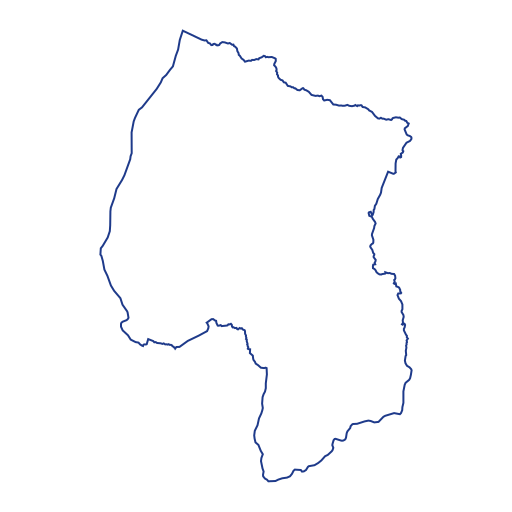 outline of Sutamarchàn, Boyacá, Colombia
{"feature_id": "7082276B91786525694715", "entity_name": "Sutamarchàn", "entity_type": "district", "adm_level": 2, "iso_a3": "COL", "parent_name": "Colombia", "parent_adm1": "Boyacá", "projection": "robinson", "projection_center": [-73.611, 5.636], "detail": "fine", "context": "isolated", "style": "outline", "palette": "blue", "viewbox_px": 512, "rotation_deg": 0, "n_neighbors": 0, "source": "geoboundaries", "source_scale": "gbopen_adm2", "svg_char_len": 6033}
<svg xmlns="http://www.w3.org/2000/svg" viewBox="0 0 512 512"><path d="M408.7,123.5L407.3,122.8L406.3,121.0L405.0,120.7L404.3,119.8L401.7,119.1L399.8,117.5L398.5,117.7L395.9,117.3L393.0,118.0L392.4,118.5L392.0,119.4L391.1,120.0L388.4,119.2L386.2,119.7L383.8,118.7L382.4,118.7L380.9,117.8L379.5,118.6L378.0,118.4L375.0,115.9L372.0,111.9L369.1,110.4L368.3,109.3L365.2,107.4L362.6,107.0L361.5,105.3L360.6,105.2L358.9,105.6L358.0,105.3L357.2,106.1L355.3,105.0L354.6,105.6L352.0,106.2L349.2,105.8L347.4,104.9L344.9,105.7L342.7,105.8L341.3,105.5L339.0,105.6L336.0,104.7L333.3,104.5L329.9,100.2L327.2,99.8L324.2,100.5L323.0,99.2L322.6,96.9L321.4,95.6L319.5,96.2L317.9,95.6L315.5,95.9L311.5,94.9L308.8,91.8L306.3,90.3L304.4,89.7L303.3,88.2L302.6,88.2L299.7,90.3L297.4,90.0L295.3,88.3L294.4,88.3L293.0,87.2L291.8,87.3L290.5,86.4L287.8,85.9L285.7,82.7L283.8,82.3L282.5,80.4L280.6,79.8L278.7,78.0L278.0,76.7L278.0,75.4L277.0,74.3L277.2,72.6L276.1,71.0L276.6,70.1L276.4,68.3L275.6,66.8L274.1,65.2L274.3,63.9L275.8,61.0L275.7,58.8L275.0,58.3L271.8,57.0L268.4,57.2L267.5,56.9L265.7,57.2L265.2,56.3L263.8,55.8L261.7,57.3L259.2,58.2L258.5,59.4L256.3,59.1L254.2,60.0L252.1,59.9L251.0,60.8L248.7,60.6L245.0,61.7L243.6,59.9L241.6,58.5L239.8,55.7L238.8,54.9L238.5,53.0L237.4,51.2L236.9,48.5L235.1,46.6L234.1,46.2L233.4,44.6L232.2,44.8L229.7,43.0L228.0,43.5L224.8,42.4L222.3,42.1L220.1,43.5L219.3,44.9L217.9,45.4L216.9,45.3L216.6,44.7L215.9,44.8L214.7,43.8L213.3,44.0L212.6,45.0L211.3,45.1L209.9,43.4L208.2,42.9L206.4,40.3L204.6,40.5L201.5,39.6L182.8,30.7L179.8,39.9L178.1,49.6L175.8,55.8L172.9,66.4L170.1,69.7L166.2,75.0L162.6,78.2L160.8,82.4L156.7,88.9L142.0,107.4L138.8,109.8L135.0,117.9L133.7,121.4L131.6,132.4L131.7,153.2L130.6,156.2L130.2,159.3L124.4,175.3L122.1,179.9L116.5,189.0L114.2,198.3L110.8,207.7L110.4,211.3L110.2,225.3L109.8,231.2L107.7,237.5L102.7,245.9L100.8,248.3L100.4,254.6L101.4,255.9L102.8,260.9L104.4,269.6L107.4,275.8L110.9,285.5L114.1,290.8L120.4,298.2L122.5,304.7L127.2,311.4L127.6,312.5L128.5,317.8L127.7,319.2L126.5,320.2L122.9,321.6L121.5,322.6L121.0,323.8L121.0,326.7L122.7,330.4L128.0,335.3L130.7,339.6L135.6,342.1L138.5,342.6L140.1,344.4L142.1,345.7L143.0,346.0L143.2,345.1L144.1,344.4L145.9,344.5L146.7,344.2L148.2,339.1L153.3,341.1L154.3,342.3L155.7,342.1L157.1,343.0L160.6,343.3L162.5,343.9L163.7,343.4L165.2,344.4L166.8,344.3L167.5,344.6L168.7,344.2L169.4,344.8L171.1,344.9L171.9,345.3L172.5,346.3L173.6,346.7L174.1,347.5L174.8,347.8L175.2,348.6L176.4,347.0L179.5,346.9L187.8,340.9L198.8,335.6L207.1,331.1L208.3,328.3L208.6,326.3L207.3,323.4L206.7,322.7L211.5,319.2L213.2,319.1L215.0,320.5L216.1,320.8L216.4,322.9L217.7,325.6L218.8,325.7L220.7,325.1L221.6,326.1L226.4,325.6L227.5,325.4L228.4,324.3L229.7,324.4L230.9,323.8L231.8,324.8L232.0,326.5L232.7,327.4L233.4,327.2L234.9,328.1L236.5,327.9L237.2,329.1L238.0,329.4L239.7,328.0L240.9,328.6L241.8,328.2L242.8,329.5L244.6,330.2L245.0,331.1L245.1,333.8L246.0,335.5L245.9,336.6L246.4,338.0L246.0,339.0L246.8,339.7L246.7,341.1L247.5,343.7L247.2,344.5L247.6,344.9L247.6,346.0L248.3,347.2L247.8,348.7L248.3,349.1L250.1,349.3L249.9,353.1L252.8,355.6L253.2,358.9L253.6,360.1L254.9,361.7L255.7,363.6L258.1,365.2L260.9,367.7L264.1,368.1L265.6,367.7L266.6,368.1L266.9,374.4L265.8,383.3L265.8,388.2L265.0,391.6L263.6,394.2L262.6,397.1L262.1,403.6L262.8,408.0L262.3,410.3L261.3,413.5L259.0,418.4L257.5,425.3L254.8,430.8L254.2,435.4L254.6,438.6L255.5,442.4L258.4,444.9L260.8,450.9L262.8,454.2L261.4,458.0L261.0,461.1L262.5,468.4L263.6,471.5L263.0,474.9L263.2,476.4L265.0,478.6L267.0,479.7L268.4,481.3L275.5,481.0L278.3,479.6L282.2,478.3L287.0,477.6L290.0,476.3L292.0,473.8L293.5,470.8L294.8,469.6L300.8,470.0L302.0,471.6L303.8,471.4L306.0,470.0L308.0,466.8L308.8,466.2L314.5,465.2L318.2,463.0L321.3,460.5L325.1,456.2L327.8,454.9L331.8,451.2L332.6,450.0L333.3,447.8L332.3,445.1L332.6,443.6L333.6,440.2L334.6,439.0L335.5,438.8L341.5,440.7L342.8,440.7L344.6,439.9L345.4,439.1L346.0,437.7L346.7,433.2L347.4,431.4L350.2,428.0L350.6,426.2L352.2,424.4L353.0,424.0L357.1,423.8L364.6,421.4L368.4,420.6L370.7,421.0L374.3,422.4L378.5,421.9L383.4,416.8L385.2,415.8L394.1,413.1L399.9,414.2L401.0,413.1L402.2,410.2L402.4,407.1L403.4,402.9L403.4,391.4L404.7,384.8L405.6,382.8L409.2,379.8L410.1,378.2L410.9,374.8L411.6,370.3L411.2,369.2L409.5,367.3L407.0,365.8L405.5,363.3L404.9,360.6L405.6,356.0L406.2,355.1L405.8,350.8L406.4,347.7L406.1,345.6L406.6,344.5L406.5,343.0L407.0,342.2L406.6,340.4L407.9,338.6L406.8,337.3L406.9,335.8L406.0,334.7L403.9,330.4L403.9,328.7L404.6,327.5L405.1,325.0L404.6,323.9L403.9,323.5L403.4,323.7L402.7,324.7L402.0,324.3L403.0,322.8L402.7,320.2L403.7,316.9L403.4,315.0L401.6,312.0L401.6,310.9L402.4,309.2L402.4,304.5L401.0,301.1L398.9,298.7L397.5,295.1L398.2,293.5L400.8,293.4L401.2,292.9L400.2,291.2L400.2,289.9L399.1,287.6L397.9,286.9L396.3,286.4L395.8,283.5L394.4,283.9L393.8,283.3L394.7,281.9L394.2,280.0L394.9,279.4L395.4,278.2L395.1,275.7L394.1,274.0L391.5,273.8L389.7,273.0L388.0,273.2L385.4,272.3L385.6,273.3L385.2,273.6L382.1,274.1L381.3,274.5L379.5,274.4L377.6,273.2L376.4,272.0L375.6,270.3L374.6,269.1L373.0,268.2L372.9,266.2L373.2,264.7L375.2,264.3L374.6,262.9L375.4,261.5L375.7,259.9L373.7,257.3L373.6,256.3L374.3,254.8L374.3,254.1L373.2,252.9L372.3,249.9L370.5,247.3L370.2,246.3L370.6,245.3L371.8,244.0L372.9,243.4L373.3,242.5L373.4,239.8L371.9,235.3L372.0,234.0L374.1,228.1L374.4,226.0L375.6,223.5L375.1,222.0L372.7,218.7L371.9,216.8L369.3,215.8L368.6,213.0L369.0,212.3L370.7,211.8L372.0,214.8L372.3,215.1L372.7,214.9L373.6,212.1L373.7,210.0L374.4,209.0L374.9,205.8L376.3,203.8L377.8,199.0L380.2,194.7L381.0,192.6L381.7,187.9L388.1,171.7L393.3,173.8L394.0,173.7L395.8,172.4L395.5,171.2L395.6,163.4L396.3,159.5L397.5,158.3L398.7,156.3L399.4,156.4L400.2,157.5L401.1,157.1L401.2,155.8L400.8,153.8L402.8,152.5L403.3,151.2L402.7,150.7L402.5,150.1L403.0,147.8L406.5,142.7L409.9,141.0L411.3,139.2L411.5,138.0L411.2,137.0L409.8,136.0L407.7,135.3L406.7,134.5L404.6,129.5L404.8,128.3L407.8,126.0L408.7,123.5Z" fill="none" stroke="#1e3a8a" stroke-width="2"/></svg>